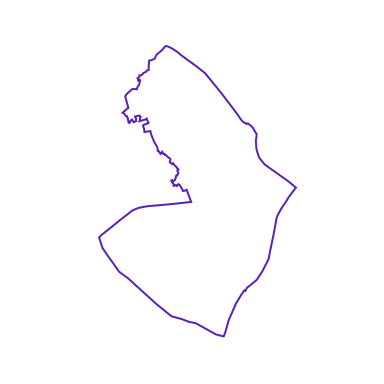 Kano Municipal, Kano, Nigeria (Robinson projection), rotated 345°
{"feature_id": "59680162B28367664307560", "entity_name": "Kano Municipal", "entity_type": "district", "adm_level": 2, "iso_a3": "NGA", "parent_name": "Nigeria", "parent_adm1": "Kano", "projection": "robinson", "projection_center": [8.516, 11.984], "detail": "fine", "context": "isolated", "style": "outline", "palette": "violet", "viewbox_px": 384, "rotation_deg": 345, "n_neighbors": 0, "source": "geoboundaries", "source_scale": "gbopen_adm2", "svg_char_len": 3908}
<svg xmlns="http://www.w3.org/2000/svg" viewBox="0 0 384 384"><g transform="rotate(345 192 192)"><path d="M269.4,152.7L268.4,149.6L267.4,145.4L264.1,140.6L262.9,140.0L262.4,140.4L260.9,139.0L260.7,138.6L259.0,136.9L257.5,133.1L257.3,132.7L256.7,130.6L254.1,124.0L251.0,116.5L246.9,106.5L242.4,96.1L240.1,91.1L235.4,80.7L231.2,75.0L229.3,72.4L226.9,69.4L220.0,60.9L216.3,56.2L214.8,53.8L209.8,48.1L205.6,44.6L203.8,44.3L199.6,47.3L193.4,50.1L190.2,53.7L186.1,54.2L184.7,54.0L182.7,59.4L181.7,63.0L180.5,62.9L179.8,62.9L178.8,64.0L175.7,64.5L175.0,65.4L172.8,66.1L171.4,65.7L171.3,66.9L170.9,67.3L169.7,67.6L169.3,67.9L168.8,68.0L168.9,68.5L169.0,68.8L169.0,69.3L169.0,70.5L170.0,70.0L170.6,70.0L170.7,70.4L170.3,71.6L169.4,73.5L169.0,74.3L168.2,75.2L167.2,75.6L166.7,76.4L166.3,76.9L165.9,77.4L165.4,78.4L164.3,78.1L161.9,77.3L161.0,77.2L160.0,77.6L159.0,78.1L158.7,78.3L155.9,79.6L154.8,80.3L153.5,81.0L152.7,81.8L152.3,82.9L152.2,82.9L152.3,90.6L152.3,92.9L152.3,94.4L150.9,94.7L145.4,97.5L146.4,98.4L147.0,99.2L147.2,99.6L147.4,100.1L147.5,100.6L147.8,101.1L148.0,101.8L148.8,102.0L149.1,104.2L149.1,104.5L148.9,104.6L148.8,105.5L149.0,106.7L148.8,107.5L148.7,108.6L149.3,109.1L150.0,108.3L150.4,108.4L150.6,108.1L150.9,107.6L151.0,107.4L151.6,106.9L152.8,106.5L153.1,107.4L153.2,107.6L153.3,108.5L153.7,109.3L153.9,109.6L154.6,109.4L155.1,109.1L156.3,109.1L156.4,108.9L156.6,108.9L156.7,108.0L156.8,107.9L156.7,107.7L156.9,106.8L156.7,106.1L156.5,105.4L156.4,104.4L159.9,104.5L160.7,104.4L161.0,104.6L161.1,105.0L161.5,105.7L161.8,106.2L161.3,106.5L160.9,107.4L160.7,107.9L160.7,108.0L160.3,109.2L159.7,110.0L161.2,110.0L161.9,110.1L163.1,109.8L164.4,110.1L165.2,109.9L165.5,109.8L165.9,109.7L167.2,109.3L167.3,110.8L167.6,112.4L167.9,113.8L167.0,113.9L167.0,114.3L165.8,114.3L165.2,114.5L164.3,114.5L163.5,114.5L162.2,114.8L162.0,115.0L162.0,115.4L161.9,115.9L161.8,116.6L161.9,117.2L162.1,117.5L162.0,118.9L161.9,119.1L161.9,119.5L161.9,120.0L161.8,120.5L161.6,121.1L161.6,121.8L162.1,121.7L162.9,121.8L167.6,122.5L167.4,123.5L167.5,125.9L167.6,127.1L168.6,134.7L169.3,136.9L169.8,138.8L170.1,140.3L169.9,141.1L169.6,143.2L170.2,143.1L170.6,144.5L171.4,147.1L172.2,146.8L172.4,146.6L172.5,146.4L172.7,146.2L173.6,145.4L173.9,146.4L174.2,147.8L175.1,147.9L175.3,148.4L175.5,149.2L176.2,149.3L176.5,149.7L177.2,151.1L177.8,152.1L178.8,153.3L179.4,154.0L179.6,154.6L179.6,155.1L179.4,155.9L178.5,156.7L178.3,157.6L178.8,158.4L179.3,158.9L180.0,160.0L181.2,159.3L182.2,161.9L183.3,163.5L183.7,165.2L184.2,165.4L184.8,167.0L183.3,167.7L183.7,170.2L182.1,172.1L181.7,171.7L180.6,172.4L180.3,173.4L179.7,174.6L179.3,174.7L178.5,176.1L177.8,176.4L176.4,177.1L176.0,175.4L175.0,175.6L175.3,177.7L176.5,180.0L175.8,181.2L176.4,181.4L176.6,181.4L176.9,181.4L177.5,181.3L177.7,181.1L177.9,181.1L178.3,181.2L178.5,181.5L179.0,182.3L179.5,181.7L180.2,181.2L180.4,181.0L180.8,180.9L181.0,181.1L181.2,181.8L181.6,182.2L181.9,182.2L182.1,182.5L183.4,187.2L183.4,188.7L184.7,188.8L185.4,188.8L187.4,188.4L187.6,190.7L188.6,201.4L170.7,198.6L162.7,197.3L153.2,195.6L145.2,194.2L136.7,193.5L130.0,194.3L117.3,199.6L101.6,206.6L93.6,210.0L90.5,211.9L90.6,214.1L91.1,223.0L94.1,231.8L97.5,240.6L97.8,241.5L101.0,250.2L107.8,258.7L110.5,262.9L116.8,272.7L128.6,291.0L140.0,306.7L149.5,312.3L156.0,317.0L156.1,316.9L158.9,318.3L161.9,319.9L178.2,335.7L184.8,339.5L185.3,339.7L188.4,335.2L194.2,325.4L205.3,311.5L209.1,307.8L212.8,304.2L217.2,300.5L217.9,301.4L220.2,298.8L223.5,297.4L231.8,293.6L238.4,287.7L239.3,287.0L242.3,283.6L248.3,277.0L248.5,276.8L252.2,269.2L253.2,267.3L258.7,256.3L261.5,250.7L262.7,248.0L262.8,247.8L267.1,238.9L268.3,237.2L270.9,234.3L273.7,231.4L278.9,226.8L280.8,225.2L283.8,222.2L289.7,217.6L293.5,214.7L288.3,207.2L269.2,184.1L267.6,180.4L265.8,176.2L265.4,170.1L265.4,167.1L266.5,161.3L266.5,161.2L266.9,159.0L268.3,156.1L269.4,152.7Z" fill="none" stroke="#5b21b6" stroke-width="2"/></g></svg>